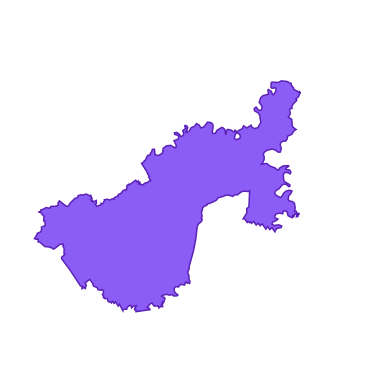 Isla, Veracruz, Mexico, rotated 47°
{"feature_id": "50627088B66667085397963", "entity_name": "Isla", "entity_type": "district", "adm_level": 2, "iso_a3": "MEX", "parent_name": "Mexico", "parent_adm1": "Veracruz", "projection": "natural_earth1", "projection_center": [-95.557, 18.123], "detail": "fine", "context": "isolated", "style": "filled", "palette": "violet", "viewbox_px": 384, "rotation_deg": 47, "n_neighbors": 0, "source": "geoboundaries", "source_scale": "gbopen_adm2", "svg_char_len": 6108}
<svg xmlns="http://www.w3.org/2000/svg" viewBox="0 0 384 384"><g transform="rotate(47 192 192)"><path d="M281.3,128.9L280.6,128.4L280.0,129.6L276.7,129.0L276.0,130.0L273.9,127.3L270.0,124.7L267.5,125.1L264.5,127.1L263.2,126.8L260.8,124.1L260.6,121.2L259.7,118.5L259.1,118.2L256.8,120.0L255.4,122.9L255.4,125.8L256.5,129.5L256.3,131.1L251.6,132.8L249.6,132.5L248.6,131.2L248.2,129.4L249.0,126.4L248.3,121.1L248.7,119.7L250.5,117.9L254.1,117.6L254.6,116.6L253.8,115.6L253.0,115.6L247.2,117.3L245.2,116.3L241.7,113.5L241.1,111.7L241.5,110.1L242.9,108.9L245.6,107.9L245.5,107.0L244.6,106.0L242.4,105.6L239.5,108.0L238.9,107.8L238.6,106.0L239.1,104.8L239.0,103.5L238.2,103.8L235.2,107.4L234.3,111.1L234.8,114.1L234.5,114.5L231.1,114.8L226.1,117.3L222.0,117.9L219.0,122.1L218.9,120.5L217.6,117.3L215.7,115.4L213.1,114.1L212.2,112.2L212.7,108.5L215.4,104.0L218.0,102.5L221.6,101.8L223.0,100.3L221.3,97.2L217.5,95.2L216.5,93.6L216.7,91.1L218.7,88.7L218.2,86.5L216.4,83.9L217.9,79.6L216.8,75.7L217.3,73.2L213.8,73.9L212.0,73.6L206.9,69.5L202.9,70.5L201.9,66.8L198.4,64.5L198.2,62.7L199.1,61.8L197.4,60.6L196.6,57.6L196.5,53.5L196.2,52.6L194.6,52.3L195.0,49.4L193.2,45.0L192.0,45.0L192.4,45.9L190.6,46.0L186.5,47.6L185.2,46.8L181.5,46.4L180.3,45.5L176.0,47.1L171.6,50.9L170.8,54.1L166.2,58.6L166.1,59.6L169.6,63.0L170.9,62.6L172.7,59.9L173.9,60.1L175.5,62.2L176.6,65.9L175.8,66.5L172.2,65.4L169.1,66.3L169.6,67.4L172.7,69.1L170.0,74.4L169.9,77.5L172.2,81.7L177.6,82.5L179.2,85.1L179.1,86.2L177.5,87.6L173.6,87.2L173.4,89.6L175.2,90.9L179.6,89.6L183.1,90.6L184.2,91.8L187.9,94.0L189.9,100.0L188.0,103.2L185.4,103.9L183.4,103.2L182.6,108.2L178.8,109.1L180.0,112.1L178.8,116.0L179.1,119.1L182.2,117.7L185.0,119.2L185.1,121.0L184.0,123.9L182.5,124.4L181.2,124.0L178.3,118.8L177.0,118.0L176.1,118.4L176.7,120.2L176.3,120.7L173.6,121.1L170.6,123.1L170.5,124.4L171.4,126.2L172.8,127.2L172.6,127.9L168.7,125.4L166.8,125.4L165.0,126.2L163.9,131.8L165.1,134.7L163.6,136.7L161.9,136.4L159.3,132.7L157.3,130.9L155.5,130.5L153.7,131.1L151.5,133.0L152.5,138.8L151.3,141.8L147.9,141.1L145.0,142.1L145.7,145.2L144.4,148.6L145.5,152.5L144.6,155.8L143.6,155.4L143.3,153.4L141.9,151.1L140.0,150.7L138.6,151.6L139.0,152.6L141.1,153.1L140.8,156.9L144.0,158.5L144.6,160.6L143.9,162.2L141.2,161.9L138.2,162.4L136.7,164.4L138.0,165.4L140.5,163.9L142.5,163.9L143.3,164.8L143.7,166.6L142.2,170.2L147.1,171.7L148.6,173.5L147.7,174.4L143.3,175.8L140.8,179.2L140.4,183.4L142.9,186.3L143.4,187.7L142.3,191.9L139.5,193.5L135.1,190.3L133.8,191.9L135.0,194.0L135.4,196.2L136.4,197.3L135.1,199.1L135.5,201.3L136.9,204.0L136.6,205.7L137.2,206.6L136.6,209.3L148.3,211.6L148.5,211.1L148.4,212.1L151.7,212.6L151.6,213.6L155.4,214.3L155.4,214.7L154.8,215.3L154.8,217.9L153.6,219.6L153.1,223.6L150.7,224.2L150.5,225.1L149.9,224.3L149.5,225.0L149.0,223.5L148.2,224.2L147.3,223.8L147.1,225.4L145.0,225.1L144.0,232.9L143.2,232.8L142.9,235.3L144.6,236.7L145.7,238.9L144.7,239.4L144.0,241.2L144.5,245.5L143.5,247.4L144.7,248.8L144.2,249.1L143.5,251.5L143.2,253.7L143.8,254.0L143.1,254.2L141.9,256.7L142.1,257.5L139.6,258.8L137.9,261.4L138.6,262.0L139.6,264.9L139.4,266.2L138.6,266.3L139.3,266.8L137.5,271.5L134.8,271.0L135.2,269.7L132.9,267.8L131.7,271.4L130.4,270.8L130.1,269.7L130.1,271.5L128.2,271.2L128.4,269.3L125.8,269.1L126.1,268.6L125.3,268.3L124.4,269.8L122.0,270.4L120.8,271.5L120.2,273.4L118.4,275.1L117.0,277.7L118.0,279.3L116.8,282.3L117.0,288.8L118.0,292.0L116.8,293.6L108.0,295.1L108.7,297.6L110.3,298.6L110.4,299.3L108.9,302.2L106.3,304.9L106.8,307.2L103.9,309.3L102.8,313.4L102.0,314.8L102.9,316.0L101.9,318.2L103.4,316.7L109.0,316.9L112.0,320.2L112.5,319.6L113.6,319.9L116.4,322.3L115.0,326.1L116.7,327.5L118.0,329.7L116.7,333.3L117.4,334.3L118.6,339.0L120.1,338.4L121.6,336.7L123.6,338.6L124.8,337.5L131.6,336.8L134.4,334.3L137.8,332.4L139.0,332.5L139.7,331.1L140.3,324.2L142.0,321.8L143.7,323.4L146.1,324.0L149.6,327.5L150.9,327.5L150.8,332.0L152.2,332.9L165.7,334.4L184.5,337.6L186.3,337.0L187.1,337.8L187.2,336.9L187.8,337.9L188.1,336.3L189.8,335.9L188.1,332.9L185.6,332.1L186.2,326.4L191.0,326.9L193.4,328.2L197.5,326.6L199.4,327.4L201.9,325.5L202.3,324.0L204.0,324.2L205.5,325.9L205.9,327.5L208.0,327.5L208.4,328.7L210.5,328.5L212.1,326.6L214.5,327.9L216.1,327.6L216.8,326.4L218.1,326.7L218.0,324.5L220.4,325.0L220.3,322.8L225.1,323.8L224.6,321.6L231.7,323.5L230.9,322.4L233.2,319.6L232.3,318.2L232.2,315.9L233.2,314.0L235.6,315.2L235.6,312.6L237.2,310.2L238.2,313.6L239.0,313.1L239.6,314.2L240.2,313.7L241.3,314.6L249.4,303.0L247.8,302.5L245.7,303.4L245.3,297.8L245.9,297.1L249.7,297.5L252.2,294.4L254.2,295.3L254.5,291.3L255.2,292.2L255.8,291.6L254.1,290.9L253.9,289.3L253.8,290.7L253.2,290.8L253.2,288.9L252.4,289.0L252.2,288.4L253.5,288.2L251.5,284.4L249.9,284.2L249.0,285.0L247.4,285.2L248.0,282.8L249.7,280.3L251.9,279.0L253.5,276.6L255.7,276.2L257.7,273.8L257.7,272.5L254.0,273.1L252.2,272.3L250.5,270.9L250.0,269.2L250.8,267.6L252.2,266.9L251.7,263.5L255.0,260.8L253.6,258.6L254.3,258.3L254.3,257.2L256.0,257.2L256.0,256.5L257.2,256.1L256.0,254.4L253.5,253.6L251.7,251.7L247.6,249.7L246.1,246.2L244.7,245.2L236.1,231.1L229.5,222.0L220.9,211.8L219.9,209.7L219.9,204.9L219.3,203.7L218.5,203.0L217.5,203.1L216.7,201.2L213.1,198.8L212.3,196.8L210.8,195.1L210.7,193.0L211.8,190.0L211.3,188.9L213.0,185.3L214.6,179.8L214.1,176.6L216.7,171.8L217.1,169.9L218.9,167.6L223.1,165.1L223.1,162.5L225.1,160.8L225.5,156.0L226.5,153.8L230.2,150.3L230.5,149.1L241.3,160.1L241.7,160.9L241.4,163.3L244.6,166.0L246.5,172.9L247.7,171.8L251.9,172.4L251.6,171.1L253.6,170.8L253.7,169.6L255.5,169.9L255.7,167.1L259.9,167.6L260.0,164.9L263.1,165.2L263.3,162.4L269.5,163.3L268.9,160.3L272.6,160.7L272.7,157.9L277.7,158.5L276.8,156.6L276.6,154.8L278.8,151.0L278.1,149.6L275.2,150.9L272.6,154.6L270.4,155.5L269.5,154.8L269.2,153.1L270.4,149.6L270.4,147.6L267.4,148.9L266.2,148.1L265.4,145.8L266.7,142.9L269.8,140.4L268.4,138.5L268.8,137.5L270.7,135.8L274.9,137.9L278.0,136.8L278.4,135.9L277.6,133.3L279.2,135.6L279.4,134.2L278.0,131.3L280.0,130.8L281.4,132.6L282.1,131.2L281.0,129.6L281.3,128.9Z" fill="#8b5cf6" stroke="#5b21b6" stroke-width="1.5"/></g></svg>